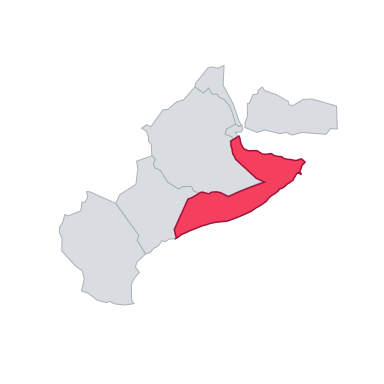 Somalia shown with its bordering countries, rotated 24°
{"feature_id": "SOM", "entity_name": "Somalia", "entity_type": "country or territory", "adm_level": 0, "iso_a3": "SOM", "parent_name": "Africa", "parent_adm1": "", "projection": "albers", "projection_center": [45.827, 5.144], "detail": "fine", "context": "with_neighbors", "style": "filled", "palette": "rose", "viewbox_px": 384, "rotation_deg": 24, "n_neighbors": 6, "source": "natural_earth", "source_scale": "50m", "svg_char_len": 4840}
<svg xmlns="http://www.w3.org/2000/svg" viewBox="0 0 384 384"><g transform="rotate(24 192 192)"><path d="M127.0,233.4L161.1,253.2L161.7,258.4L174.7,267.5L170.3,278.4L170.8,283.5L176.6,286.8L174.3,294.4L174.2,301.3L181.0,315.5L184.4,317.5L177.0,322.4L166.9,325.7L161.4,325.5L158.1,328.1L149.3,329.3L138.3,326.7L131.3,327.2L129.0,315.3L124.1,308.7L115.2,306.9L96.9,298.7L92.2,287.4L87.0,282.4L85.3,277.2L86.4,272.6L84.9,264.3L88.7,264.0L98.0,254.4L95.7,245.9L98.3,244.8L98.9,239.5L95.5,234.4L98.7,233.4L127.0,233.4Z" fill="#d9dde1" stroke="#a8b0b8" stroke-width="1"/><path d="M174.7,267.5L161.7,258.4L161.1,253.2L127.0,233.4L127.1,223.8L137.7,207.8L133.0,192.8L128.8,186.4L140.6,175.2L145.3,176.8L145.2,181.9L148.2,184.9L154.4,185.0L165.7,192.9L178.6,194.6L181.3,190.8L189.5,187.1L193.1,190.2L199.3,190.3L191.4,200.5L191.2,233.4L196.5,240.9L190.2,244.4L187.9,248.1L184.5,248.8L183.1,255.1L180.2,258.7L178.3,264.6L174.7,267.5Z" fill="#d9dde1" stroke="#a8b0b8" stroke-width="1"/><path d="M151.9,95.0L151.1,91.4L156.0,72.5L158.8,69.8L165.3,68.4L169.8,63.4L177.1,81.9L193.9,94.8L206.3,108.3L210.6,111.0L208.0,113.2L204.2,112.4L191.4,98.1L183.7,94.5L177.7,94.3L175.6,92.4L170.4,94.5L165.0,90.4L162.2,97.0L151.9,95.0Z" fill="#d9dde1" stroke="#a8b0b8" stroke-width="1"/><path d="M289.1,54.7L299.1,75.4L292.7,77.8L290.9,84.8L268.1,92.9L260.2,99.3L253.6,99.3L248.5,103.0L233.2,105.7L227.5,111.0L214.2,111.6L211.9,106.3L212.2,101.4L206.5,88.5L208.3,88.0L208.1,78.4L212.0,75.5L211.1,71.8L213.5,67.5L217.1,69.8L229.6,68.8L243.1,70.1L245.3,73.1L249.4,71.6L255.7,62.3L263.8,58.3L289.1,54.7Z" fill="#d9dde1" stroke="#a8b0b8" stroke-width="1"/><path d="M252.5,153.4L227.2,180.6L215.5,180.9L207.5,187.3L201.8,187.4L199.3,190.3L193.1,190.2L189.5,187.1L181.3,190.8L178.6,194.6L165.7,192.9L154.4,185.0L148.2,184.9L145.2,181.9L145.3,176.8L140.6,175.2L135.5,165.3L131.5,163.1L130.0,159.5L125.5,155.0L120.0,154.2L123.2,149.1L127.9,149.0L132.1,128.7L136.4,126.3L141.3,115.8L146.7,111.4L151.9,95.0L162.2,97.0L165.0,90.4L170.4,94.5L175.6,92.4L177.7,94.3L183.7,94.5L191.4,98.1L197.5,104.1L204.2,112.4L198.0,120.5L198.8,125.7L205.9,125.3L207.9,126.9L205.9,130.1L215.8,142.7L245.0,153.4L252.5,153.4Z" fill="#d9dde1" stroke="#a8b0b8" stroke-width="1"/><path d="M204.2,112.4L208.0,113.2L210.6,111.0L212.7,113.8L212.4,117.5L207.4,119.6L211.2,122.1L207.9,126.9L205.9,125.3L198.8,125.7L198.0,120.5L204.2,112.4Z" fill="#d9dde1" stroke="#a8b0b8" stroke-width="1"/><path d="M196.1,240.2L196.0,239.8L195.1,238.7L193.5,236.7L192.3,235.1L191.1,233.5L191.1,232.2L191.1,228.4L191.1,220.8L191.2,213.2L191.2,205.6L191.2,201.8L191.2,200.2L191.3,200.0L192.8,198.6L194.6,196.7L197.1,193.2L198.4,191.3L199.5,189.7L199.8,189.2L200.8,188.3L202.7,187.7L203.8,187.6L207.7,186.9L208.3,186.6L208.6,186.3L209.0,185.5L209.7,184.5L210.7,183.7L212.6,182.8L214.4,182.0L214.8,181.9L217.0,181.4L217.6,181.2L218.5,181.0L218.8,181.0L221.9,181.2L224.3,181.3L226.8,181.5L227.0,181.4L228.7,179.5L231.5,176.5L233.2,174.5L235.9,171.5L238.0,169.4L240.3,167.0L242.5,164.8L245.2,162.2L246.9,160.6L249.5,158.0L252.0,155.6L254.2,153.4L251.1,153.4L248.2,153.4L245.2,153.4L244.7,153.2L242.3,152.3L239.2,151.3L235.3,150.0L232.5,149.0L229.6,148.1L226.6,147.1L224.3,146.3L221.4,145.3L218.9,144.5L218.5,144.3L217.1,143.0L215.3,141.3L215.0,141.3L214.1,140.9L213.3,140.0L212.5,138.8L211.7,137.4L211.4,136.4L210.4,135.9L209.9,135.2L209.0,134.0L208.4,133.4L208.2,132.9L207.9,131.9L207.4,130.8L206.9,130.1L206.8,129.9L206.8,129.7L207.7,128.2L208.2,127.6L208.6,127.1L209.0,126.6L209.2,126.3L210.3,124.5L211.3,123.0L212.1,121.8L213.8,123.2L215.5,126.0L217.4,128.2L220.1,130.3L221.2,131.1L222.2,131.4L227.1,131.4L230.6,129.5L233.8,128.1L234.9,127.8L236.7,128.2L238.8,128.3L240.6,128.7L241.5,128.6L245.2,127.0L247.4,125.4L249.0,124.7L249.6,124.7L251.7,125.3L254.4,125.0L258.2,123.7L259.3,123.4L260.2,123.4L262.3,124.0L262.6,123.9L263.7,123.8L266.6,123.1L268.8,122.2L273.0,121.4L276.1,119.6L276.7,118.7L277.6,117.7L279.0,117.3L282.6,118.5L283.1,118.6L282.9,119.4L282.8,120.2L282.1,121.6L281.6,123.1L282.0,125.4L282.2,129.2L282.1,129.8L281.9,130.3L281.8,130.7L281.4,130.9L281.2,131.1L281.5,131.2L282.6,130.8L282.6,130.4L282.7,130.1L283.6,130.6L284.2,130.8L284.4,131.3L284.4,131.6L283.3,131.5L282.8,131.2L281.3,131.7L280.3,132.1L280.1,132.9L279.9,135.8L279.5,137.8L279.5,140.3L278.2,142.0L277.8,143.2L276.0,145.6L275.0,147.7L274.7,148.7L273.1,151.5L270.9,153.6L270.1,156.4L269.3,158.1L268.4,159.7L266.4,162.5L265.4,164.4L264.2,167.8L263.8,169.9L260.3,176.0L256.6,181.0L254.2,185.1L250.1,189.9L244.4,196.1L237.0,203.4L235.0,204.9L226.8,209.5L221.5,213.2L218.8,215.8L215.9,218.0L213.7,220.2L206.8,227.3L206.1,228.0L205.4,228.6L204.6,229.9L204.0,230.3L202.3,232.4L201.3,233.4L200.1,234.5L199.7,235.2L199.3,236.1L198.9,236.5L197.9,238.6L197.0,239.9L196.1,241.0L196.1,240.2Z" fill="#f43f5e" stroke="#9f1239" stroke-width="1.5"/></g></svg>